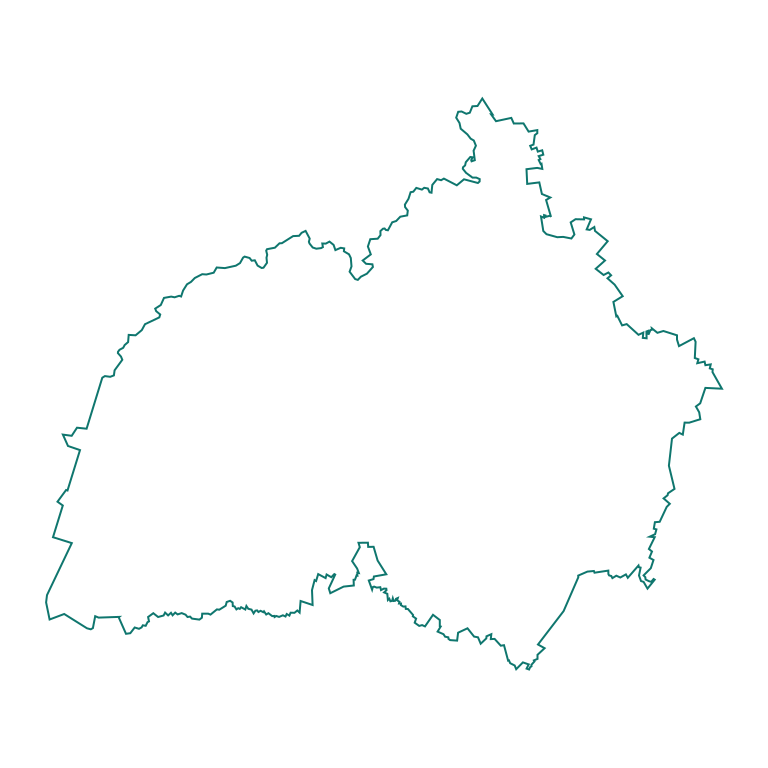 Lejweleputswa, Free State, South Africa
{"feature_id": "47623444B29116896592790", "entity_name": "Lejweleputswa", "entity_type": "district", "adm_level": 2, "iso_a3": "ZAF", "parent_name": "South Africa", "parent_adm1": "Free State", "projection": "orthographic", "projection_center": [25.98, -28.097], "detail": "fine", "context": "isolated", "style": "outline", "palette": "teal", "viewbox_px": 768, "rotation_deg": 0, "n_neighbors": 0, "source": "geoboundaries", "source_scale": "gbopen_adm2", "svg_char_len": 6105}
<svg xmlns="http://www.w3.org/2000/svg" viewBox="0 0 768 768"><path d="M305.6,230.9L301.6,232.8L299.1,235.8L293.1,236.1L281.9,243.2L279.5,243.3L274.9,247.7L267.0,249.2L266.2,250.7L267.2,254.8L266.5,257.7L267.0,262.8L263.5,267.7L261.7,268.0L257.6,265.6L254.8,260.3L251.7,260.7L249.6,258.0L244.6,256.6L243.1,257.6L240.0,263.1L235.8,265.7L224.9,268.1L216.7,267.5L213.7,272.7L206.4,274.5L202.2,274.2L194.8,278.0L191.0,281.9L187.0,284.3L183.1,290.5L181.1,296.5L179.2,295.8L174.6,297.3L171.2,296.6L164.0,297.9L160.8,305.0L155.2,308.6L156.2,311.2L160.2,314.5L159.3,317.4L145.0,324.2L141.8,330.1L135.6,335.3L128.7,334.9L128.1,342.1L124.7,345.0L123.2,347.8L119.5,349.8L118.0,351.8L117.9,353.1L121.0,356.6L122.3,359.8L114.6,370.3L113.9,375.4L110.2,376.8L104.9,376.1L102.3,377.7L86.6,428.7L77.0,427.7L71.7,435.8L62.9,434.6L68.0,446.0L80.0,450.1L67.5,490.5L66.1,490.0L57.5,501.7L62.8,505.5L53.0,537.2L71.8,543.1L47.0,595.1L46.1,602.4L49.6,619.5L64.2,614.0L87.0,628.3L90.8,629.3L92.9,628.1L95.2,616.2L98.6,617.6L119.2,616.9L118.7,617.3L126.0,633.8L130.3,633.2L134.7,627.5L139.0,628.8L141.6,627.4L142.8,625.3L145.7,625.8L147.5,622.2L149.0,621.4L148.1,617.0L153.3,613.2L158.1,617.0L163.6,615.5L165.1,612.6L168.1,615.4L171.0,612.8L172.6,615.3L175.2,612.6L177.6,614.4L181.7,613.1L185.6,614.7L187.5,617.0L190.1,616.6L192.0,618.6L199.4,619.6L201.9,617.7L202.2,613.7L208.3,613.7L210.5,614.6L216.9,609.4L219.3,609.7L225.7,605.7L226.7,602.0L230.1,600.8L232.6,602.5L232.8,606.1L234.6,606.5L236.4,609.4L238.2,608.2L239.8,608.9L241.1,607.2L245.3,609.5L246.4,606.0L248.3,608.8L251.5,609.6L253.6,613.4L255.4,610.7L257.1,610.4L258.4,612.0L260.6,610.8L263.3,612.2L264.0,611.3L266.2,614.5L268.4,613.2L272.2,616.1L274.4,615.9L274.6,617.0L276.3,616.0L279.1,616.9L282.9,615.3L285.5,616.5L286.7,614.0L289.4,615.6L290.6,612.7L294.5,612.8L297.3,610.5L299.6,612.6L300.6,601.0L312.6,605.0L312.0,590.1L314.6,580.1L316.1,581.0L318.2,574.1L325.6,578.1L326.6,574.5L331.3,577.2L334.3,574.1L335.2,574.6L328.8,588.4L330.3,593.2L343.6,586.6L353.8,585.5L353.6,579.8L355.0,579.7L356.6,575.3L357.4,575.6L357.3,572.7L358.8,573.0L357.1,568.5L352.1,561.1L359.8,547.2L358.5,542.8L367.9,542.7L368.2,546.9L373.6,546.8L377.6,560.5L386.3,574.3L373.9,576.5L373.5,579.1L368.8,580.5L372.1,589.7L372.8,587.1L374.1,586.6L376.7,587.6L380.3,587.2L381.0,590.1L383.9,588.6L386.3,588.7L386.5,590.2L384.1,592.4L387.3,593.8L387.9,600.0L389.3,598.7L390.4,601.3L392.1,600.9L392.8,598.3L393.6,601.0L395.1,600.8L396.0,598.8L397.8,598.0L397.1,600.3L399.5,601.8L399.0,603.5L401.0,603.5L400.9,605.1L403.3,606.6L405.5,606.4L405.8,608.9L407.9,609.0L413.1,615.0L412.8,616.3L416.1,618.6L414.7,622.7L419.2,625.9L422.1,625.1L425.0,626.4L433.0,614.8L439.8,620.0L439.8,626.2L440.7,626.5L437.6,631.6L443.5,634.2L445.1,636.7L448.3,637.3L448.5,638.9L450.1,640.1L457.1,640.6L458.1,632.7L467.5,628.3L474.1,636.6L478.0,637.3L480.7,643.7L486.3,638.4L486.5,636.3L491.3,634.2L490.8,639.1L494.6,638.9L500.8,645.7L504.0,645.2L508.1,660.6L508.9,660.3L510.2,663.2L514.7,665.5L516.2,669.2L522.9,662.4L528.7,664.4L526.6,668.6L529.1,669.5L530.1,667.2L531.5,666.3L531.4,664.8L534.5,661.4L533.9,660.4L537.5,658.9L537.5,654.8L544.6,648.2L538.0,644.5L563.6,611.1L578.3,577.3L578.2,575.6L587.4,571.6L593.9,571.0L594.5,572.7L608.3,570.6L608.4,574.1L609.1,575.4L611.3,576.0L612.4,578.1L616.3,575.7L620.3,577.5L625.9,574.4L627.8,577.8L638.5,565.5L638.9,567.2L640.6,567.6L639.0,575.5L641.0,581.0L643.6,581.9L647.5,588.6L654.7,579.7L653.6,579.0L651.2,581.8L649.0,581.2L645.6,579.5L645.3,577.2L643.6,575.4L650.8,568.2L653.5,560.0L649.4,557.7L652.0,551.5L648.9,549.0L654.7,537.2L649.7,536.7L655.1,534.2L656.4,529.4L653.8,528.7L654.9,522.2L659.7,521.8L666.7,506.9L669.8,503.8L663.6,498.4L667.6,495.2L668.0,493.3L674.5,488.9L668.9,465.7L672.0,438.6L679.3,432.9L682.8,434.6L684.6,422.6L689.1,422.7L700.3,419.2L699.2,412.3L695.9,406.5L700.2,403.3L705.4,387.9L721.9,388.7L712.5,372.1L712.7,369.3L709.8,368.4L710.7,364.4L705.4,365.2L704.6,361.6L697.3,363.2L698.4,359.3L694.8,358.0L695.6,341.8L693.9,338.2L679.0,346.1L677.0,339.6L677.0,335.3L663.4,331.0L657.4,332.8L651.8,328.3L652.0,329.7L650.4,330.1L648.4,334.7L648.2,330.8L646.4,331.5L646.6,338.3L642.8,337.9L643.3,332.6L638.5,334.8L626.7,324.1L622.1,325.4L617.3,315.8L616.3,316.4L613.4,301.9L622.7,296.2L614.6,284.6L607.5,278.3L611.1,275.3L608.4,272.5L603.6,275.0L595.7,268.8L605.0,260.5L596.9,254.0L607.7,241.2L595.0,230.9L594.3,227.0L589.7,229.9L586.7,229.4L591.0,219.3L584.0,217.4L584.1,219.4L575.5,219.2L570.7,222.4L574.4,234.5L571.4,238.5L563.2,236.9L557.3,237.2L546.5,234.2L543.3,231.0L541.0,216.5L544.1,217.7L544.1,215.1L545.4,215.5L544.7,217.1L550.1,215.7L551.0,216.9L546.1,200.0L550.3,197.5L541.9,194.0L539.3,182.4L527.2,183.9L526.5,169.2L537.2,167.9L542.3,168.9L541.5,163.7L540.7,164.1L538.7,160.0L540.4,159.1L538.7,156.1L543.3,154.7L542.2,150.3L537.8,151.6L536.5,147.6L531.7,149.4L530.2,145.8L533.5,144.6L534.8,135.1L537.3,133.2L537.3,130.1L528.6,131.6L523.5,123.4L513.8,123.5L511.3,117.9L496.0,121.2L491.1,114.4L492.6,114.5L482.3,98.5L477.5,106.0L472.4,106.3L469.8,112.7L466.3,113.8L461.6,111.5L458.2,111.8L456.2,117.7L459.5,123.0L460.7,128.7L467.4,134.4L470.7,138.7L473.8,140.5L475.9,145.7L473.6,150.7L474.8,160.2L471.6,161.3L471.2,160.1L472.7,157.3L470.3,157.0L465.8,162.2L465.1,165.4L463.0,167.3L462.8,168.8L466.1,172.9L472.5,177.6L476.3,177.6L479.7,179.1L479.6,181.5L477.9,183.0L464.0,179.3L456.8,185.3L443.9,178.6L441.1,180.2L437.1,179.1L432.3,184.9L431.5,192.7L429.6,192.3L427.9,188.5L424.2,187.8L421.9,189.6L416.3,187.9L413.3,191.7L410.6,192.2L408.5,198.8L404.9,204.6L405.1,207.1L407.8,210.6L407.2,215.4L400.3,216.7L396.2,221.0L392.2,222.3L387.9,230.3L385.8,229.9L384.6,228.5L383.0,228.7L380.4,231.1L380.5,235.1L377.7,238.7L370.3,239.2L367.9,246.5L370.8,254.4L362.7,260.5L366.1,263.8L372.4,264.3L372.9,267.0L366.9,273.7L360.9,276.7L357.8,279.9L355.2,279.1L349.6,271.7L351.5,266.4L350.8,258.0L349.0,254.3L343.9,251.3L344.2,248.4L340.7,247.8L335.4,250.1L333.6,244.9L329.5,241.6L325.8,243.6L322.3,243.5L322.9,247.1L321.1,248.1L316.3,248.7L312.7,247.5L309.5,243.5L308.9,241.8L309.7,238.6L305.6,230.9Z" fill="none" stroke="#0f766e" stroke-width="2"/></svg>